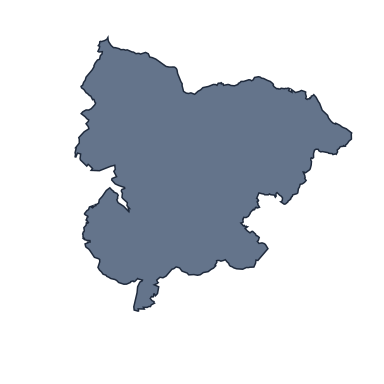 Unguras, Cluj, Romania (Mercator projection), rotated 107°
{"feature_id": "2599482B84898659298862", "entity_name": "Unguras", "entity_type": "district", "adm_level": 2, "iso_a3": "ROU", "parent_name": "Romania", "parent_adm1": "Cluj", "projection": "mercator", "projection_center": [24.051, 47.095], "detail": "fine", "context": "isolated", "style": "filled", "palette": "slate", "viewbox_px": 384, "rotation_deg": 107, "n_neighbors": 0, "source": "geoboundaries", "source_scale": "gbopen_adm2", "svg_char_len": 5955}
<svg xmlns="http://www.w3.org/2000/svg" viewBox="0 0 384 384"><g transform="rotate(107 192 192)"><path d="M75.2,324.1L77.5,323.7L79.5,324.4L79.7,322.9L81.6,322.6L85.0,323.1L85.3,321.8L84.0,318.8L86.2,318.4L88.4,319.5L92.1,319.2L93.4,321.0L97.0,322.3L99.9,322.7L100.8,322.3L104.5,323.2L113.1,326.9L116.3,326.8L118.8,327.7L121.9,327.8L123.4,329.0L124.7,328.1L125.6,325.3L128.1,322.2L128.3,320.9L129.8,318.2L129.7,317.3L129.9,316.8L132.8,314.0L132.1,313.1L132.5,312.5L134.3,311.3L135.1,310.2L136.9,310.4L141.8,312.7L143.8,314.7L144.5,317.3L147.1,319.8L149.5,320.9L151.2,316.3L152.7,313.9L153.2,311.9L154.8,311.8L157.7,313.3L159.8,310.3L161.7,309.1L165.9,312.7L173.1,316.2L174.6,315.2L178.2,314.1L183.8,316.3L183.8,315.6L188.6,315.3L190.2,314.4L192.5,314.1L192.5,313.3L188.3,312.9L188.2,309.6L192.8,308.8L194.0,308.0L198.0,300.2L195.9,299.4L196.3,298.4L198.6,294.0L200.8,294.8L198.7,286.7L191.1,277.2L189.0,273.7L192.8,272.0L195.1,272.8L199.4,268.6L202.5,272.4L204.0,272.3L206.7,267.8L207.2,263.9L207.4,257.8L208.3,257.4L210.0,259.7L211.1,260.0L212.0,259.7L213.4,258.2L217.6,257.4L218.5,256.2L221.1,250.7L224.0,250.2L226.0,247.0L226.2,248.2L228.4,246.7L229.3,246.6L225.6,253.3L223.8,259.6L221.4,261.7L220.0,261.2L218.3,261.8L216.7,261.6L215.3,263.4L214.9,267.0L214.3,267.1L213.4,269.5L212.0,271.8L215.6,274.4L222.4,276.5L226.4,278.4L229.9,278.0L231.6,279.4L232.3,280.8L233.1,280.0L233.9,281.2L236.2,282.4L236.0,283.3L234.3,283.0L236.3,285.7L239.1,285.8L240.4,287.0L243.9,288.4L244.4,288.4L245.0,287.5L245.6,284.6L246.3,284.2L246.8,284.8L249.2,284.9L249.8,284.2L250.0,284.7L251.4,282.2L252.4,282.6L252.3,284.0L254.8,283.6L257.7,285.0L260.4,283.7L261.6,283.7L261.9,284.2L264.2,284.3L264.7,283.7L267.1,283.0L267.8,281.6L268.3,282.3L269.0,280.6L268.9,278.1L268.3,275.4L269.6,274.8L270.5,277.1L271.0,276.7L272.9,279.1L275.2,277.8L275.8,277.1L276.7,274.2L277.6,272.8L283.0,266.2L283.1,262.1L283.5,260.6L285.8,259.8L291.6,259.9L293.7,257.6L294.9,255.2L296.6,253.0L296.7,250.0L297.6,248.7L297.8,246.8L298.5,244.4L298.2,240.0L298.7,238.0L300.0,235.7L300.1,230.2L299.2,227.6L296.5,224.4L295.6,224.4L294.3,222.3L294.8,221.4L294.3,220.6L290.6,218.6L290.9,218.0L290.7,213.6L291.5,213.6L293.4,215.5L298.5,216.3L304.3,215.1L318.8,214.1L321.8,212.8L321.7,208.7L321.3,208.3L319.5,209.3L317.9,203.4L316.5,204.8L315.4,201.0L314.1,199.8L313.7,198.2L311.9,198.0L309.3,195.4L309.0,196.1L307.9,196.3L307.7,198.3L306.1,200.8L303.8,200.2L303.8,198.6L303.2,198.2L300.8,198.8L300.5,198.2L301.9,196.6L299.2,195.3L292.4,196.1L291.8,201.0L289.4,198.2L288.5,197.9L288.5,198.3L286.6,200.0L282.9,197.7L282.5,194.7L280.0,192.2L271.7,188.6L270.7,187.0L268.3,185.3L268.2,181.7L270.6,178.4L270.9,172.9L272.2,170.9L270.4,166.0L270.0,162.4L268.7,159.9L265.7,157.6L263.4,153.2L260.5,151.2L258.5,149.2L255.6,147.7L255.2,148.6L251.9,147.7L250.5,148.4L249.8,147.1L249.5,145.6L249.7,144.2L248.1,141.6L247.0,140.4L248.9,137.5L249.4,136.2L251.0,134.9L251.7,133.7L251.8,131.4L252.3,130.2L252.4,126.9L251.0,120.9L248.3,117.9L247.8,115.9L247.0,114.6L245.7,110.9L241.5,110.4L238.4,110.9L238.2,109.0L224.0,102.8L220.7,106.5L220.2,108.0L220.2,110.2L221.6,112.9L220.1,115.1L218.9,114.4L215.8,114.4L214.9,116.7L214.9,117.9L213.7,118.9L211.9,122.5L212.3,123.4L214.1,124.6L213.0,127.8L211.4,130.5L209.1,128.8L209.2,129.7L208.9,130.1L209.6,131.2L208.7,132.3L209.4,132.9L207.4,136.2L206.3,134.5L205.8,134.3L203.2,135.5L203.0,135.1L201.2,135.2L200.6,132.8L198.8,131.0L195.5,130.1L194.6,130.2L190.7,128.3L191.1,127.7L190.5,127.0L188.2,126.7L187.8,125.7L188.3,125.3L188.2,124.9L186.9,123.0L184.5,125.5L183.7,125.6L182.4,126.8L181.6,126.7L181.3,125.9L180.6,125.9L179.2,127.7L179.2,128.3L173.3,127.7L173.2,124.3L172.9,123.0L173.4,121.6L172.3,118.1L171.2,117.4L171.6,115.9L170.9,112.4L172.6,110.8L171.2,110.3L170.7,110.9L168.6,111.1L167.7,110.5L169.5,107.1L170.0,105.3L171.2,103.7L173.7,103.2L174.9,103.6L175.4,104.3L176.7,100.3L176.1,99.1L173.4,97.4L172.7,97.5L170.1,95.6L169.3,95.9L168.5,95.3L167.6,95.4L166.9,94.8L165.3,94.8L163.0,91.3L161.9,90.6L157.7,91.2L156.0,90.7L153.0,90.8L152.0,88.9L150.0,87.3L147.6,86.2L146.0,88.2L145.2,88.0L143.1,89.1L140.4,91.5L140.2,90.7L140.6,89.4L140.1,88.8L136.5,86.1L135.3,85.7L131.3,85.9L127.7,86.7L127.0,87.6L125.1,88.2L124.4,87.9L124.7,86.7L123.5,85.8L119.8,87.0L116.2,87.1L114.8,85.9L114.3,83.7L115.5,82.7L116.0,80.6L115.2,79.1L114.6,73.4L114.7,72.7L115.0,72.5L114.3,69.0L115.0,68.2L113.6,65.9L113.8,65.1L111.1,64.5L109.4,65.4L107.1,63.9L106.0,63.8L105.0,62.9L104.2,60.8L103.4,60.6L103.7,59.5L103.3,58.6L102.2,58.9L100.4,57.7L97.5,56.8L94.8,55.0L89.7,56.7L88.9,56.5L86.4,63.0L86.1,67.0L84.9,70.3L84.2,74.6L85.0,74.6L84.9,77.2L83.8,79.6L81.4,83.0L79.0,84.8L75.7,91.4L69.9,95.9L68.7,97.5L65.1,101.1L63.3,104.0L64.5,104.6L65.4,105.9L66.8,105.9L67.3,106.7L67.7,106.3L68.4,106.6L69.1,108.5L69.8,108.9L69.8,109.3L69.3,110.6L67.3,110.6L64.9,112.2L63.2,112.5L63.0,113.4L62.9,117.1L64.4,118.6L66.6,122.1L64.9,126.9L67.4,125.6L66.8,129.2L64.6,129.0L64.5,130.5L65.3,131.5L65.6,133.0L66.2,133.8L66.7,137.1L67.7,137.8L68.2,139.4L67.9,140.1L68.5,141.0L67.3,144.4L66.4,145.5L65.8,145.4L64.8,146.2L63.4,149.4L63.2,152.6L62.5,156.7L62.8,158.8L62.2,160.3L62.3,162.1L64.2,165.7L66.9,166.3L68.2,167.5L67.8,169.1L68.0,170.4L71.2,175.0L71.9,177.4L73.5,178.2L74.5,179.4L75.7,179.5L78.0,182.4L78.8,186.2L78.5,187.3L78.6,189.0L80.8,193.0L79.5,193.8L80.0,195.5L79.0,195.7L78.9,196.1L79.5,196.4L80.3,198.7L82.7,199.3L82.3,200.6L82.9,203.0L86.3,207.2L89.0,212.1L91.8,213.6L93.9,215.7L97.8,218.0L97.5,222.0L98.8,224.1L99.1,226.3L98.3,229.5L93.3,232.5L91.3,233.1L89.7,234.9L82.9,240.4L79.7,242.0L78.5,243.1L77.8,244.7L77.7,245.6L79.2,250.3L79.5,253.6L75.5,265.4L75.1,269.1L75.3,271.9L72.6,274.2L72.1,277.2L75.2,281.7L74.9,282.6L75.1,283.9L76.1,286.1L75.3,288.8L75.6,290.3L75.0,295.5L75.8,297.0L75.7,298.9L76.7,301.6L76.2,303.8L76.4,307.7L76.9,309.3L75.6,312.1L73.0,315.3L71.5,316.5L68.8,317.6L70.9,318.1L72.9,320.0L74.6,322.5L74.7,323.6L75.2,324.1Z" fill="#64748b" stroke="#1e293b" stroke-width="1.5"/></g></svg>